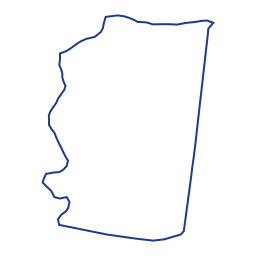 Nova Belém, Minas Gerais, Brazil (Equal Earth projection), rotated 90°
{"feature_id": "56859067B88736774373870", "entity_name": "Nova Belém", "entity_type": "district", "adm_level": 2, "iso_a3": "BRA", "parent_name": "Brazil", "parent_adm1": "Minas Gerais", "projection": "equal_earth", "projection_center": [-41.116, -18.489], "detail": "fine", "context": "isolated", "style": "outline", "palette": "blue", "viewbox_px": 256, "rotation_deg": 90, "n_neighbors": 0, "source": "geoboundaries", "source_scale": "gbopen_adm2", "svg_char_len": 1091}
<svg xmlns="http://www.w3.org/2000/svg" viewBox="0 0 256 256"><g transform="rotate(90 128 128)"><path d="M20.5,49.1L20.9,54.5L22.0,61.1L22.9,69.9L24.6,78.7L24.2,86.7L24.2,96.1L24.4,102.9L22.4,109.6L21.9,118.4L19.7,122.4L17.8,127.1L16.2,132.2L15.4,138.5L16.2,144.8L16.9,150.3L22.8,152.1L28.1,153.1L32.0,155.2L36.9,161.3L38.9,169.8L41.4,175.3L44.5,180.2L47.9,184.7L50.9,189.3L53.5,196.0L58.9,196.0L65.0,196.7L69.3,194.9L73.0,193.7L77.4,193.7L81.6,192.4L86.1,190.5L89.9,191.8L93.6,194.4L98.1,197.6L103.3,200.0L107.0,202.6L111.6,205.8L115.7,207.2L120.7,206.9L124.8,207.0L129.1,204.5L132.7,201.6L136.8,200.0L142.2,197.6L147.7,194.8L151.8,192.9L156.5,190.5L160.6,188.0L165.9,189.3L169.6,192.6L172.1,196.8L172.6,203.0L173.9,210.0L178.8,212.2L182.5,213.3L186.4,209.5L190.9,204.8L197.1,201.6L198.5,196.0L197.1,189.3L202.0,186.5L208.1,187.9L211.4,190.2L214.8,194.8L219.2,198.1L224.9,196.8L234.6,148.7L238.6,120.3L240.6,102.9L239.4,92.0L234.5,75.2L231.1,72.2L177.8,65.0L166.3,63.6L156.7,62.2L145.3,60.8L34.6,48.2L28.7,47.7L22.8,42.7L20.5,49.1Z" fill="none" stroke="#1e3a8a" stroke-width="2"/></g></svg>